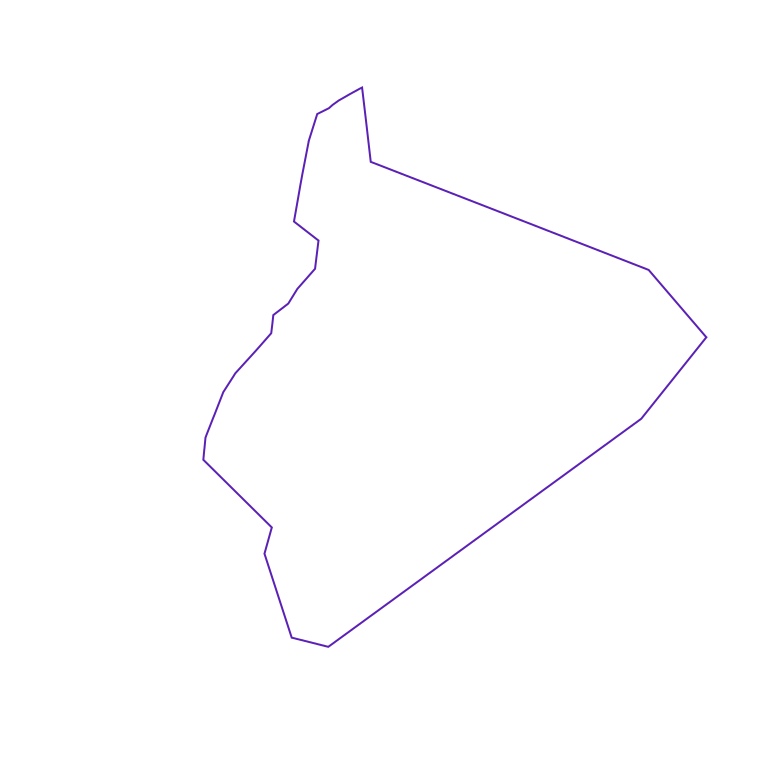 Mourtcha, Ennedi, Chad (Natural Earth projection), rotated 129°
{"feature_id": "50815135B12013942151217", "entity_name": "Mourtcha", "entity_type": "district", "adm_level": 2, "iso_a3": "TCD", "parent_name": "Chad", "parent_adm1": "Ennedi", "projection": "natural_earth1", "projection_center": [21.235, 16.282], "detail": "fine", "context": "isolated", "style": "outline", "palette": "violet", "viewbox_px": 768, "rotation_deg": 129, "n_neighbors": 0, "source": "geoboundaries", "source_scale": "gbopen_adm2", "svg_char_len": 790}
<svg xmlns="http://www.w3.org/2000/svg" viewBox="0 0 768 768"><g transform="rotate(129 384 384)"><path d="M167.4,587.6L169.8,588.7L179.8,592.8L192.2,597.6L199.5,599.6L203.9,600.3L204.4,600.4L204.8,600.6L216.2,605.8L242.8,595.3L242.8,595.2L246.2,593.4L272.3,579.5L283.1,573.6L290.6,569.4L314.4,556.2L314.1,541.3L313.8,527.2L313.7,525.2L334.5,512.2L337.8,510.1L364.6,511.2L381.7,509.0L395.9,512.4L400.1,513.4L406.9,509.0L415.5,503.6L438.0,504.5L469.3,506.3L472.3,505.9L491.4,503.8L514.6,496.4L517.9,495.4L535.6,489.8L536.4,489.5L538.0,489.0L547.5,482.7L547.9,482.5L556.6,476.7L566.1,380.9L591.1,370.1L639.2,296.1L624.3,264.0L623.3,261.9L249.1,162.2L144.8,162.9L144.8,163.1L128.8,250.1L173.6,390.3L219.7,534.1L190.1,564.3L167.4,587.6Z" fill="none" stroke="#5b21b6" stroke-width="2"/></g></svg>